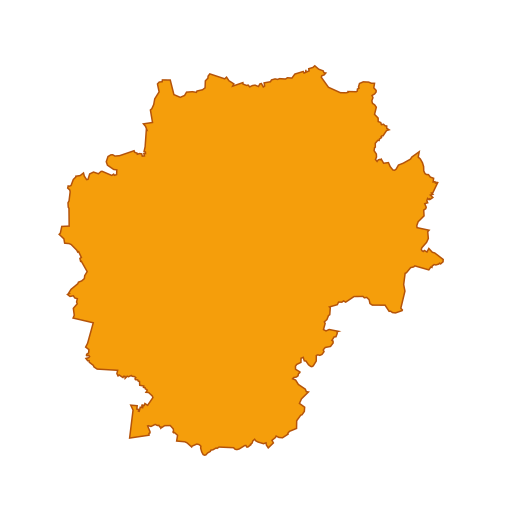 Jerez, Zacatecas, Mexico (Robinson projection), rotated 259°
{"feature_id": "50627088B51147239881663", "entity_name": "Jerez", "entity_type": "district", "adm_level": 2, "iso_a3": "MEX", "parent_name": "Mexico", "parent_adm1": "Zacatecas", "projection": "robinson", "projection_center": [-103.004, 22.71], "detail": "fine", "context": "isolated", "style": "filled", "palette": "amber", "viewbox_px": 512, "rotation_deg": 259, "n_neighbors": 0, "source": "geoboundaries", "source_scale": "gbopen_adm2", "svg_char_len": 6041}
<svg xmlns="http://www.w3.org/2000/svg" viewBox="0 0 512 512"><g transform="rotate(259 256 256)"><path d="M380.5,141.2L381.0,136.6L382.7,134.7L383.0,132.9L381.9,129.7L377.1,127.0L373.5,127.5L368.1,132.8L367.1,135.8L362.5,134.7L362.2,132.4L363.5,131.9L362.6,129.8L368.5,121.1L368.6,120.1L366.8,117.0L369.4,112.5L368.3,108.4L363.3,105.7L363.3,104.3L367.2,102.7L370.4,102.5L368.5,98.7L368.7,94.4L368.0,94.3L366.0,91.3L360.5,87.9L360.1,85.9L360.6,85.0L358.6,84.1L356.3,85.8L354.4,85.8L345.8,83.0L344.1,81.6L339.7,81.0L338.5,81.5L321.0,78.3L322.1,71.0L315.8,68.3L314.8,66.9L309.5,70.7L305.1,70.6L303.8,75.0L302.5,76.8L296.0,81.1L293.8,81.8L294.1,82.7L287.9,84.3L287.3,82.7L284.2,82.8L284.3,83.5L272.9,87.3L269.4,84.1L266.6,83.2L264.8,80.1L264.2,76.7L262.8,75.8L258.6,68.1L255.2,64.9L254.9,65.5L254.2,63.6L251.8,65.7L251.8,69.1L249.4,70.1L248.2,72.5L245.1,71.1L243.2,71.4L239.5,66.7L232.5,66.3L230.0,64.6L221.5,83.5L202.4,74.0L199.1,71.4L196.0,74.1L192.8,73.2L191.9,71.1L190.9,70.6L190.3,71.0L190.4,72.9L189.0,73.5L188.1,72.3L187.9,69.5L185.3,70.8L185.1,72.2L183.5,72.1L179.7,75.4L178.0,75.8L175.3,78.5L170.2,98.4L167.1,97.0L164.6,97.7L165.3,98.9L162.1,102.2L163.2,103.3L162.8,104.4L160.9,104.2L162.6,106.6L161.8,107.7L162.5,110.8L161.6,111.4L160.8,113.7L159.5,114.8L158.5,113.8L157.6,114.1L157.0,116.2L155.7,116.5L155.1,117.7L151.3,117.2L149.8,121.0L148.5,120.5L147.9,122.0L146.7,122.0L145.6,123.4L144.8,123.5L143.2,122.0L142.5,124.5L138.4,127.5L136.7,127.8L130.1,121.1L132.4,118.8L130.6,117.8L131.5,115.8L130.6,115.3L130.1,116.4L128.7,115.8L129.6,113.5L125.8,111.7L126.1,111.0L127.7,111.7L128.5,109.8L131.7,110.8L133.5,104.6L128.2,105.9L101.4,97.2L100.5,116.8L102.3,117.1L102.6,118.2L103.9,118.4L109.9,117.2L110.0,118.0L108.7,120.3L109.9,124.9L108.4,126.9L108.3,128.4L106.7,128.8L106.2,130.1L105.2,129.8L106.9,134.0L105.9,139.5L102.1,141.8L99.6,141.6L99.1,140.9L98.2,141.4L98.1,142.4L95.0,144.8L89.5,142.8L87.2,150.7L85.7,152.7L80.8,156.4L81.6,157.1L82.7,162.1L81.6,164.4L79.8,165.6L78.0,165.0L74.2,165.3L71.2,166.2L70.3,167.4L70.3,168.8L71.9,170.9L72.9,173.9L74.0,174.6L74.0,176.8L75.1,180.1L74.6,181.1L75.5,183.3L72.1,197.4L70.3,198.6L69.6,200.3L69.8,202.7L72.1,208.8L71.9,210.0L70.3,210.4L70.0,211.5L71.7,214.9L72.2,214.7L73.1,216.5L75.0,217.5L76.4,219.7L74.6,220.5L73.0,222.5L70.3,227.6L70.7,230.2L68.5,230.1L65.3,231.4L69.2,237.4L72.0,236.5L74.1,240.4L75.4,241.4L73.5,243.9L72.5,247.3L75.0,253.5L75.9,253.4L77.5,255.4L79.0,262.9L86.5,264.5L91.2,269.5L91.4,270.9L94.2,273.8L98.3,274.9L103.0,270.5L107.1,273.4L112.5,281.5L113.3,279.5L115.9,279.0L121.8,273.1L126.7,271.2L128.5,268.5L129.5,269.8L129.5,272.6L130.4,274.4L132.3,275.2L133.2,276.8L133.8,277.0L137.3,273.2L140.3,273.7L141.8,275.3L143.0,279.8L147.0,280.7L147.5,283.0L143.9,283.4L143.3,285.0L139.2,286.8L137.2,288.6L136.7,289.7L137.2,291.2L141.4,295.1L146.8,296.2L147.2,297.8L146.3,299.7L146.8,302.0L149.1,304.5L150.9,304.1L152.1,305.3L153.0,306.6L153.0,311.9L155.9,315.1L157.8,315.4L158.7,314.4L161.6,317.2L161.5,319.1L164.4,320.9L166.1,321.1L166.3,322.6L169.9,313.8L169.1,310.4L170.9,308.2L176.6,311.0L178.3,310.5L180.1,313.5L183.7,315.8L184.3,317.2L190.9,319.0L192.0,318.3L192.7,326.5L195.0,328.3L194.3,331.5L195.2,333.4L193.6,335.2L197.5,344.5L195.9,353.3L194.3,354.4L194.2,356.8L191.5,358.7L187.6,358.8L185.6,360.8L183.1,373.3L176.3,376.1L176.1,377.6L174.4,379.2L173.5,382.1L174.5,389.0L175.1,389.4L177.1,388.2L193.1,395.5L199.8,395.5L210.6,399.1L210.8,400.4L215.1,405.6L215.2,408.7L216.0,410.0L209.4,423.0L211.8,425.5L211.2,426.5L212.6,427.1L213.6,429.2L212.9,430.8L213.2,433.8L213.9,434.7L213.0,435.7L214.6,438.5L216.9,439.1L224.9,432.0L226.0,429.8L230.4,427.1L227.3,424.6L229.3,422.3L228.5,421.0L229.6,419.9L230.9,419.5L232.5,420.4L236.8,426.0L240.3,428.5L247.1,429.2L248.3,430.8L253.1,419.5L255.1,419.6L258.7,421.7L263.3,428.6L269.1,429.4L270.0,431.6L271.4,432.4L275.2,431.6L275.5,434.7L277.7,434.2L279.8,435.5L278.3,436.6L279.0,437.3L278.4,437.9L279.7,440.8L282.5,438.8L282.8,441.4L284.3,440.3L284.4,441.7L293.4,448.4L293.8,447.6L293.1,447.2L293.4,446.0L294.8,445.9L294.9,444.0L298.4,445.2L300.2,442.2L303.0,440.8L303.5,438.8L304.7,437.6L307.5,436.9L311.8,437.6L315.8,437.2L319.9,435.8L322.1,434.1L327.2,436.1L323.4,427.8L321.6,426.1L319.0,418.2L318.1,413.2L314.4,410.0L313.7,408.3L314.3,406.8L318.1,404.8L322.4,403.8L322.7,399.0L327.2,397.4L326.7,396.8L327.2,396.0L327.0,394.3L325.7,392.9L327.9,391.7L330.2,393.2L333.1,393.6L336.9,392.0L339.8,393.1L340.1,393.9L343.9,394.6L346.3,397.6L345.9,398.9L347.3,399.5L348.3,401.8L349.3,401.6L349.9,402.4L349.7,403.6L354.2,408.1L354.5,410.7L356.4,408.7L358.7,409.1L359.1,407.6L361.0,406.3L361.0,404.2L363.2,403.9L364.7,401.6L368.1,402.2L372.4,399.4L379.1,402.5L381.8,401.3L383.6,399.5L386.2,399.3L389.1,401.0L391.4,400.5L392.5,403.4L394.1,405.2L395.7,405.5L398.6,403.7L402.9,405.3L403.6,402.1L405.2,399.8L406.5,394.5L405.6,390.5L402.5,388.9L401.1,389.1L400.5,387.4L398.6,386.9L398.1,385.8L399.9,377.7L399.1,377.6L399.0,375.6L400.2,370.0L407.8,359.3L419.0,354.2L420.4,355.0L420.8,357.5L422.3,359.4L423.0,357.6L424.9,357.3L427.4,353.2L431.5,350.0L430.2,347.8L429.8,343.5L427.6,343.4L426.8,340.1L429.3,340.5L426.8,339.8L426.4,338.1L428.1,337.6L427.2,328.9L423.8,325.2L425.0,320.8L424.1,318.8L425.6,313.0L425.2,310.9L426.2,308.5L425.9,304.8L424.3,303.4L424.4,297.0L421.2,296.9L420.5,295.4L424.3,294.2L424.2,292.7L421.9,290.7L423.9,287.7L424.0,285.0L423.2,282.1L425.3,280.9L425.2,279.3L427.2,276.1L428.7,276.2L427.2,265.5L429.2,267.1L433.2,262.9L437.2,261.2L435.9,259.1L443.6,245.4L441.7,243.3L439.7,242.7L437.6,239.7L430.8,238.1L429.4,235.3L429.2,229.5L428.0,228.7L429.4,225.0L430.1,219.1L427.2,216.5L426.2,211.9L430.1,206.2L445.1,205.4L446.7,197.7L445.0,197.2L445.2,194.2L443.7,192.1L435.6,192.2L429.6,186.6L424.2,184.5L420.4,181.8L419.5,180.2L406.8,179.9L407.2,170.7L404.3,172.3L400.3,173.0L400.7,172.4L384.4,168.0L379.8,166.0L379.2,167.3L377.6,167.1L377.8,165.5L375.5,165.6L375.7,163.4L378.1,163.3L378.8,161.1L378.5,158.9L379.6,158.9L381.0,156.6L382.6,156.4L380.5,141.2Z" fill="#f59e0b" stroke="#b45309" stroke-width="1.5"/></g></svg>